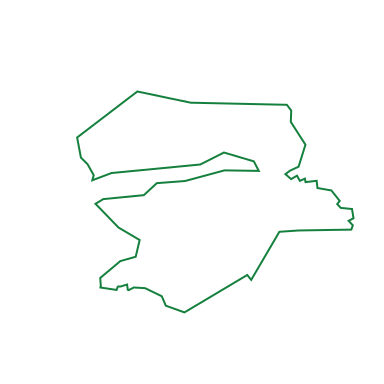 outline of Beaufort, North Carolina, United States of America, rotated 149°
{"feature_id": "52423323B44486980116087", "entity_name": "Beaufort", "entity_type": "district", "adm_level": 2, "iso_a3": "USA", "parent_name": "United States of America", "parent_adm1": "North Carolina", "projection": "natural_earth1", "projection_center": [-76.82, 35.478], "detail": "fine", "context": "isolated", "style": "outline", "palette": "green", "viewbox_px": 384, "rotation_deg": 149, "n_neighbors": 0, "source": "geoboundaries", "source_scale": "gbopen_adm2", "svg_char_len": 1059}
<svg xmlns="http://www.w3.org/2000/svg" viewBox="0 0 384 384"><g transform="rotate(149 192 192)"><path d="M169.3,289.8L187.1,306.3L262.4,297.9L269.5,278.7L267.2,269.6L267.6,257.0L271.4,253.4L251.2,249.7L170.7,211.3L144.3,209.4L123.2,186.4L123.9,175.7L153.0,193.8L192.3,205.0L217.6,217.7L234.9,214.1L271.7,231.6L280.8,231.6L273.3,199.4L261.6,177.8L273.6,165.5L289.0,169.7L314.9,165.6L319.2,157.2L320.4,157.9L307.1,146.9L304.8,148.8L304.4,149.0L303.8,148.8L303.4,148.8L303.3,148.7L302.3,147.9L295.3,146.1L297.4,141.3L297.3,141.2L297.1,140.8L297.0,140.6L296.9,140.5L296.7,140.5L291.0,140.1L281.7,133.7L271.6,118.2L273.0,108.0L260.5,92.7L260.3,92.7L187.4,92.4L186.5,86.2L167.8,96.4L137.6,112.9L120.4,104.1L74.8,77.7L71.3,80.6L72.6,86.6L67.1,86.3L63.6,95.0L72.7,101.8L73.7,106.9L70.0,108.3L71.7,121.5L82.4,130.8L79.4,137.4L89.6,142.0L88.3,145.3L93.8,146.0L93.6,151.9L100.4,152.0L102.7,159.2L97.0,159.8L87.6,158.8L70.4,174.1L71.2,201.2L65.0,210.7L65.8,217.9L147.1,269.2L149.1,271.1L163.2,284.1L169.3,289.8Z" fill="none" stroke="#15803d" stroke-width="2"/></g></svg>